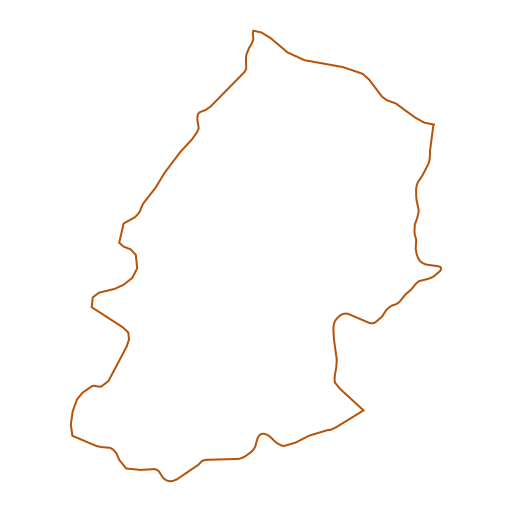 outline of Campobasso
{"feature_id": "ITA-5401", "entity_name": "Campobasso", "entity_type": "Province", "adm_level": 1, "iso_a3": "ITA", "parent_name": "Italy", "parent_adm1": "", "projection": "mercator", "projection_center": [14.809, 41.724], "detail": "fine", "context": "isolated", "style": "outline", "palette": "amber", "viewbox_px": 512, "rotation_deg": 0, "n_neighbors": 0, "source": "natural_earth", "source_scale": "10m", "svg_char_len": 2326}
<svg xmlns="http://www.w3.org/2000/svg" viewBox="0 0 512 512"><path d="M253.3,30.7L261.2,32.4L270.6,38.1L287.5,52.4L304.5,60.2L342.9,67.1L362.7,73.8L369.2,79.7L382.1,96.8L387.2,100.4L395.7,103.4L415.3,117.7L424.3,122.6L433.9,124.6L433.2,126.5L430.0,150.9L430.0,154.4L429.5,160.0L428.4,163.9L422.4,175.5L417.8,182.3L416.7,185.4L416.1,189.3L416.2,196.4L416.6,200.3L418.7,210.3L418.3,213.4L417.3,217.7L414.8,224.6L414.5,231.3L414.8,235.1L415.7,237.7L416.2,240.4L415.7,248.8L416.7,254.4L418.3,258.4L419.4,260.3L420.8,261.7L422.6,263.0L424.6,264.0L427.0,264.7L438.0,266.2L440.3,266.9L441.2,268.4L440.3,270.8L434.4,275.9L432.1,277.3L428.0,278.9L419.2,281.1L417.4,282.3L415.5,284.2L411.1,289.6L405.6,294.3L399.6,301.7L397.7,303.3L395.8,304.3L391.6,305.7L389.1,307.4L386.2,310.1L382.2,316.4L376.6,321.3L374.1,323.0L371.6,323.3L369.5,323.0L348.2,313.9L345.8,313.6L343.6,313.8L341.6,314.6L339.8,315.7L336.8,318.6L335.4,320.4L334.3,322.7L333.6,325.8L333.4,330.9L334.0,339.8L336.7,358.9L336.7,361.6L336.3,367.1L334.9,375.0L334.6,377.8L334.6,380.3L334.9,382.5L340.2,389.0L363.5,410.4L335.7,427.5L330.9,429.7L327.3,430.2L309.3,435.6L295.3,442.7L283.5,446.1L281.3,445.4L277.4,443.4L274.2,440.8L271.2,437.7L269.4,436.2L267.2,434.8L263.4,433.7L261.0,434.1L259.2,435.4L258.1,437.1L257.2,439.3L255.3,446.5L253.7,449.2L251.1,452.0L245.4,456.2L242.0,457.9L238.8,458.9L207.1,459.8L203.8,460.3L201.9,461.1L198.2,464.9L176.8,479.4L173.1,480.9L169.8,481.3L167.4,480.7L165.4,479.7L163.8,478.5L162.4,476.9L159.1,471.6L157.2,470.0L154.6,469.1L140.5,469.9L134.7,469.3L126.2,468.5L119.4,460.1L116.2,452.9L113.0,449.5L110.1,447.8L101.7,447.1L96.7,446.1L72.4,435.8L70.8,424.5L72.7,411.3L77.0,399.4L82.6,392.6L92.2,386.0L94.5,385.8L99.3,386.7L101.3,386.5L108.4,381.1L126.6,346.7L129.0,339.4L128.3,332.6L122.8,327.3L91.7,307.2L92.8,297.4L98.9,292.7L114.9,288.8L123.8,284.6L132.2,278.0L137.2,268.3L135.8,254.9L130.6,249.3L123.7,246.7L119.2,242.8L123.6,223.5L135.1,217.1L137.4,214.7L139.9,211.4L141.2,207.8L143.3,203.4L155.4,187.9L164.6,172.8L180.2,152.1L192.1,139.2L196.8,132.5L198.7,128.5L198.4,126.1L197.5,121.0L197.3,118.1L198.0,114.0L199.6,112.3L205.8,109.9L210.6,106.5L244.3,72.2L246.2,69.0L246.2,66.6L245.9,61.7L246.1,56.6L246.6,54.0L249.0,48.1L251.6,43.7L252.8,41.0L253.3,39.0L252.8,32.7L253.3,30.7Z" fill="none" stroke="#b45309" stroke-width="2"/></svg>